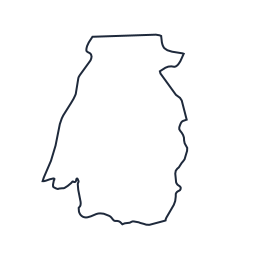 the Province of Naâma, rotated 196°
{"feature_id": "DZA-2149", "entity_name": "Naâma", "entity_type": "Province", "adm_level": 1, "iso_a3": "DZA", "parent_name": "Algeria", "parent_adm1": "", "projection": "orthographic", "projection_center": [-0.771, 33.209], "detail": "fine", "context": "isolated", "style": "outline", "palette": "slate", "viewbox_px": 256, "rotation_deg": 196, "n_neighbors": 0, "source": "natural_earth", "source_scale": "10m", "svg_char_len": 2391}
<svg xmlns="http://www.w3.org/2000/svg" viewBox="0 0 256 256"><g transform="rotate(196 128 128)"><path d="M94.9,214.7L96.1,206.6L97.1,203.4L97.8,201.9L99.1,200.3L100.3,199.6L103.4,199.2L106.2,198.1L108.7,196.2L113.0,191.3L111.8,189.3L91.1,173.1L86.3,171.3L83.9,169.2L73.9,152.2L77.1,149.9L77.7,149.3L78.1,148.6L78.4,147.8L78.6,146.9L78.8,144.9L78.9,142.9L78.4,141.0L77.2,139.8L75.0,138.2L73.1,136.4L71.6,134.2L70.6,131.4L69.3,128.9L65.6,125.2L64.9,122.3L65.0,113.5L65.8,111.3L66.8,109.1L68.3,104.1L69.4,102.5L70.3,100.1L70.0,97.2L66.8,89.1L66.0,88.1L64.7,87.1L62.1,86.2L61.0,85.4L60.6,84.0L60.9,82.6L61.7,81.7L62.5,81.0L63.3,80.0L63.8,78.7L63.9,77.8L63.2,75.2L62.5,70.8L62.8,66.7L66.4,52.4L66.6,50.6L66.4,49.5L67.4,48.8L80.6,40.9L83.2,40.2L84.2,40.1L86.4,40.2L90.0,40.1L91.7,40.3L96.6,39.8L97.4,39.6L98.0,39.4L99.0,38.6L99.9,37.7L100.3,37.4L104.8,35.5L105.6,34.9L106.9,33.9L108.8,35.0L109.8,35.5L111.1,35.8L112.7,35.7L114.8,35.1L115.7,35.1L116.5,35.4L117.9,36.3L119.1,37.2L120.5,38.0L122.2,38.4L127.7,38.9L131.1,38.3L133.0,37.6L134.7,36.6L139.3,32.9L142.3,31.0L143.8,30.4L145.2,30.2L146.6,30.2L148.1,30.6L149.5,31.3L150.6,32.2L151.7,33.5L152.2,34.4L153.4,37.6L152.5,39.7L152.4,40.8L152.7,42.5L153.2,43.9L158.8,54.9L160.8,60.1L160.9,61.2L160.8,61.8L160.7,62.7L160.9,63.3L162.2,64.9L162.6,65.3L163.0,65.4L163.3,65.2L163.5,64.8L163.5,64.4L163.5,63.9L163.4,63.1L163.4,62.8L163.5,62.4L163.6,62.1L163.7,61.9L164.2,61.4L164.7,61.3L165.1,61.2L165.8,61.4L166.2,61.4L166.6,61.2L166.8,60.8L167.4,59.5L170.0,55.7L172.3,53.1L172.6,52.8L172.9,52.6L173.6,52.2L175.0,51.8L177.5,50.8L178.2,50.3L178.5,50.1L179.0,50.0L180.8,50.1L183.1,50.6L183.7,50.9L184.0,51.4L184.5,53.1L184.7,55.7L184.8,56.6L184.8,57.1L184.7,57.7L184.6,57.8L184.6,58.0L184.7,58.8L185.1,59.0L185.5,59.0L185.9,58.9L189.1,57.1L192.6,54.6L194.2,53.7L195.4,53.4L195.3,57.1L193.0,75.2L192.8,91.1L194.6,113.0L194.3,119.0L193.7,122.3L189.7,136.1L188.4,141.0L187.8,144.5L187.6,146.3L189.5,162.4L189.4,163.6L188.9,165.5L182.7,182.6L182.5,184.7L182.7,186.6L183.8,188.5L185.0,189.3L186.2,189.6L187.3,189.8L188.3,190.1L189.1,190.6L189.4,191.1L189.6,191.8L189.8,192.8L189.9,194.1L189.9,195.6L189.3,199.4L187.3,205.9L126.9,225.4L123.2,225.8L121.5,225.6L119.1,219.8L118.2,218.2L117.4,217.0L116.6,216.1L115.8,215.3L115.3,214.9L114.6,214.6L113.2,214.1L111.6,213.6L106.7,213.5L96.0,214.8L94.9,214.7Z" fill="none" stroke="#1e293b" stroke-width="2"/></g></svg>